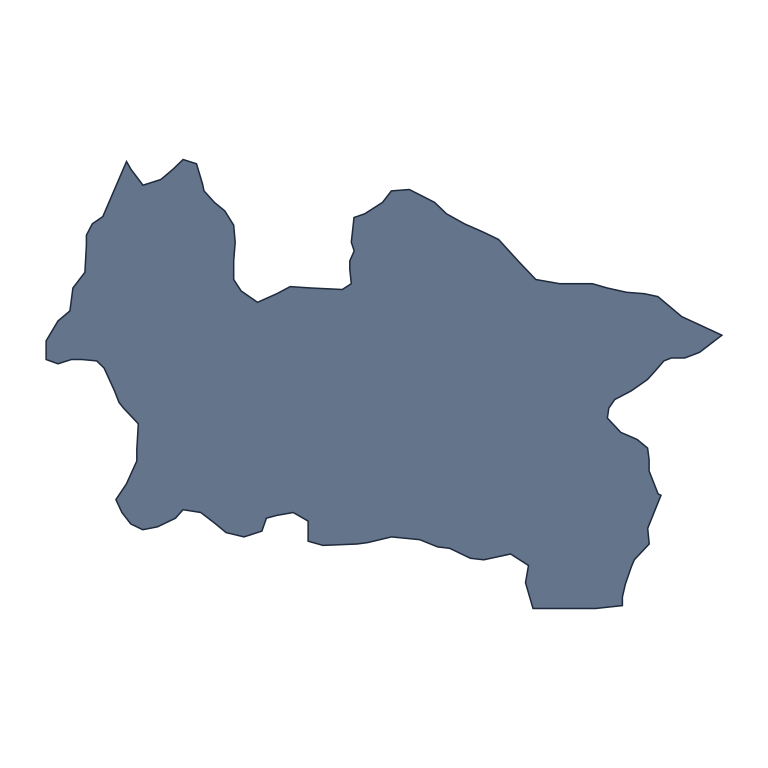 Yangpyeong-gun, Gyeonggi, South Korea
{"feature_id": "91817680B89058224266184", "entity_name": "Yangpyeong-gun", "entity_type": "district", "adm_level": 2, "iso_a3": "KOR", "parent_name": "South Korea", "parent_adm1": "Gyeonggi", "projection": "robinson", "projection_center": [127.569, 37.511], "detail": "fine", "context": "isolated", "style": "filled", "palette": "slate", "viewbox_px": 768, "rotation_deg": 0, "n_neighbors": 0, "source": "geoboundaries", "source_scale": "gbopen_adm2", "svg_char_len": 1654}
<svg xmlns="http://www.w3.org/2000/svg" viewBox="0 0 768 768"><path d="M354.0,217.5L351.3,242.3L354.2,250.9L349.8,260.9L349.8,269.5L351.3,283.7L342.3,289.5L311.1,288.0L290.2,286.6L276.8,293.7L257.5,302.3L241.1,290.9L233.7,279.5L233.7,260.9L235.2,242.3L233.7,225.2L224.8,210.9L214.4,202.4L204.0,190.9L202.5,183.8L196.5,163.8L183.1,159.5L172.7,169.5L160.8,179.5L143.0,185.2L131.1,169.5L126.5,161.5L102.8,216.6L92.3,223.8L86.4,235.2L86.4,245.2L84.9,272.3L72.9,288.0L69.9,310.9L58.0,320.9L46.1,340.9L46.1,359.5L49.4,360.7L58.0,363.8L71.4,359.5L81.8,359.5L96.7,360.9L104.1,368.1L114.5,390.9L119.0,402.4L123.5,408.1L138.3,423.8L136.8,449.6L136.8,461.0L126.4,483.9L115.9,499.6L121.9,512.5L130.8,524.0L142.7,529.7L150.1,528.3L157.6,526.8L175.5,518.2L183.0,509.7L200.8,512.5L215.7,524.0L226.1,532.6L244.0,536.9L261.9,531.1L266.4,518.2L276.8,515.4L293.2,512.5L308.1,521.1L308.1,541.2L323.0,545.4L357.2,544.0L367.6,542.6L391.5,536.9L419.8,539.7L437.6,546.9L449.6,548.3L470.4,558.3L483.8,559.8L510.6,554.0L528.5,565.5L525.5,582.7L533.0,608.5L595.6,608.5L604.7,607.5L622.4,605.6L622.4,597.0L625.4,584.1L631.3,566.9L634.3,559.8L649.2,544.0L647.7,528.3L661.0,495.3L658.1,493.9L649.1,471.0L649.1,459.6L647.6,448.1L637.2,439.5L620.8,432.4L607.4,418.1L608.8,408.1L614.8,399.5L631.2,390.9L647.5,379.5L656.5,369.5L663.9,360.9L671.3,358.0L684.7,358.0L699.6,352.3L721.9,335.2L681.7,316.6L657.9,296.6L644.5,293.7L626.6,292.3L607.3,288.0L592.4,283.7L559.6,283.7L535.8,279.5L519.4,262.3L509.0,250.9L498.6,239.5L483.7,232.3L464.4,223.8L446.5,213.8L434.6,202.4L409.3,189.5L391.4,190.9L382.5,202.4L364.7,213.8L354.0,217.5Z" fill="#64748b" stroke="#1e293b" stroke-width="1.5"/></svg>